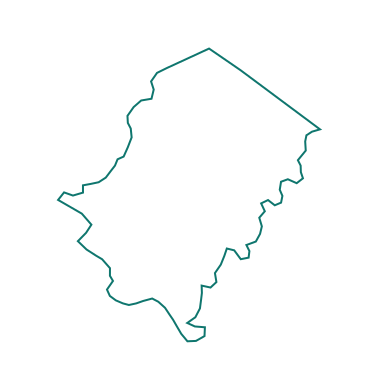 the district of Serra Alta, Santa Catarina, Brazil, rotated 42°
{"feature_id": "56859067B85443847407592", "entity_name": "Serra Alta", "entity_type": "district", "adm_level": 2, "iso_a3": "BRA", "parent_name": "Brazil", "parent_adm1": "Santa Catarina", "projection": "albers", "projection_center": [-53.016, -26.695], "detail": "fine", "context": "isolated", "style": "outline", "palette": "teal", "viewbox_px": 384, "rotation_deg": 42, "n_neighbors": 0, "source": "geoboundaries", "source_scale": "gbopen_adm2", "svg_char_len": 1296}
<svg xmlns="http://www.w3.org/2000/svg" viewBox="0 0 384 384"><g transform="rotate(42 192 192)"><path d="M97.8,287.5L124.6,281.8L139.1,283.6L140.6,293.2L140.1,304.9L152.1,305.3L163.3,303.5L170.2,302.1L182.0,303.5L187.1,309.2L192.8,311.0L194.1,321.4L200.5,324.2L207.9,323.5L215.2,321.0L220.7,318.2L225.1,312.1L228.6,305.7L233.7,297.8L240.4,296.1L249.4,296.1L257.6,298.2L263.4,299.6L270.1,301.8L278.9,304.6L288.5,306.0L294.6,300.0L297.7,290.7L292.1,283.9L284.1,290.0L276.1,292.5L278.3,282.8L275.8,273.2L270.7,265.8L266.9,260.4L261.8,255.1L269.7,250.6L270.4,242.6L263.3,236.9L262.0,226.7L258.8,217.9L255.7,210.7L262.4,207.1L273.2,209.3L278.0,202.9L274.2,197.5L267.9,195.0L272.6,186.1L270.6,177.6L266.9,170.8L259.2,166.1L259.0,157.6L251.0,154.2L253.9,147.1L262.4,146.5L265.3,140.3L261.8,134.4L255.7,131.6L251.3,124.8L254.7,118.4L263.9,115.4L265.3,107.6L259.6,104.4L255.1,99.7L249.4,97.5L248.8,85.1L242.3,78.7L239.1,73.3L240.8,66.9L245.2,59.8L146.6,69.0L108.7,74.0L90.4,116.6L86.3,126.9L87.6,137.2L95.0,141.5L99.5,149.8L93.0,158.0L91.8,167.9L93.1,178.6L98.1,183.6L104.0,185.8L110.6,191.8L114.4,201.8L117.5,211.4L114.8,217.5L117.1,223.9L117.6,230.7L118.3,239.0L116.1,247.2L111.3,253.8L106.5,260.0L111.4,265.4L105.9,274.3L97.2,277.9L97.8,287.5Z" fill="none" stroke="#0f766e" stroke-width="2"/></g></svg>